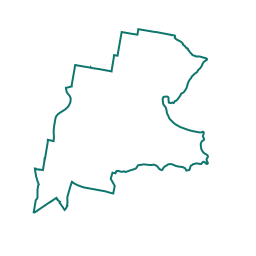 Melville, Western Australia, Australia (Mercator projection), rotated 100°
{"feature_id": "25037944B89194743408802", "entity_name": "Melville", "entity_type": "district", "adm_level": 2, "iso_a3": "AUS", "parent_name": "Australia", "parent_adm1": "Western Australia", "projection": "mercator", "projection_center": [115.829, -32.044], "detail": "fine", "context": "isolated", "style": "outline", "palette": "teal", "viewbox_px": 256, "rotation_deg": 100, "n_neighbors": 0, "source": "geoboundaries", "source_scale": "gbopen_adm2", "svg_char_len": 5567}
<svg xmlns="http://www.w3.org/2000/svg" viewBox="0 0 256 256"><g transform="rotate(100 128 128)"><path d="M174.8,132.5L174.3,132.3L173.8,132.3L173.1,132.1L172.4,131.8L172.2,131.5L172.2,130.9L172.2,130.5L172.0,130.2L171.9,129.9L172.1,129.1L172.2,127.6L172.2,126.6L172.1,126.1L172.0,125.6L171.8,125.3L171.4,124.4L171.5,123.9L171.8,123.1L171.8,122.8L171.5,122.4L171.3,122.0L170.8,120.9L168.9,117.7L167.2,114.2L166.2,113.0L165.4,112.6L163.7,112.0L163.1,111.7L162.8,111.3L162.6,110.7L161.9,108.3L161.2,106.8L161.1,106.2L161.0,105.5L161.0,104.4L160.9,103.3L160.8,102.3L160.6,99.6L160.3,98.3L159.8,96.9L159.7,96.5L159.7,95.6L159.8,95.1L159.9,94.1L160.3,93.2L161.0,92.1L161.8,91.2L162.3,90.7L163.0,90.0L163.1,89.6L163.1,89.3L163.6,87.9L163.6,87.6L163.5,87.2L163.3,87.0L163.0,86.8L161.3,86.3L159.7,85.3L159.0,84.5L158.0,83.2L157.2,82.6L157.0,82.3L156.6,81.5L156.2,80.1L156.1,79.1L156.1,78.7L156.1,78.0L157.1,74.3L157.1,73.4L157.2,72.2L157.1,71.2L157.2,70.9L157.1,70.1L157.1,69.3L157.0,68.7L157.0,67.6L157.1,67.0L157.6,65.2L157.8,64.8L158.1,64.5L158.6,64.1L159.8,63.1L159.3,62.0L158.9,61.0L158.8,60.5L158.6,60.3L158.2,60.1L157.3,60.1L156.7,59.9L156.0,60.0L155.8,60.0L155.3,59.8L155.1,59.8L154.7,59.7L154.1,59.4L153.9,59.1L153.5,58.6L152.4,57.7L151.7,56.2L151.5,55.7L150.9,54.3L150.9,53.1L150.9,51.2L150.8,49.9L150.7,49.6L150.4,49.4L149.9,49.2L148.5,48.4L148.2,47.9L148.1,47.6L148.1,47.3L148.4,46.5L148.8,45.8L149.4,45.1L149.7,44.5L149.7,44.0L149.5,43.7L149.1,43.4L148.7,43.3L148.4,43.3L148.2,43.5L147.9,43.8L147.1,44.4L145.8,45.1L145.3,45.2L144.6,45.1L143.4,44.6L142.8,44.3L142.5,44.3L142.2,44.3L141.5,44.8L140.9,45.1L140.7,45.5L140.4,46.6L139.9,47.8L139.4,48.8L138.8,49.7L138.4,50.2L137.5,50.9L136.9,51.5L136.4,51.9L135.7,52.3L134.3,52.7L132.9,53.2L132.1,53.3L131.3,53.6L130.9,53.6L130.2,53.5L129.7,53.4L129.1,53.2L128.5,53.0L127.9,52.6L127.3,52.0L126.9,51.4L126.3,51.2L125.7,51.1L125.4,51.3L125.0,51.6L124.4,51.9L123.8,52.4L123.4,52.8L122.1,52.8L121.1,52.6L120.6,52.5L119.5,52.6L119.2,52.7L118.8,53.0L118.7,53.2L118.7,53.6L118.8,53.8L119.1,54.1L119.5,54.9L119.7,55.4L119.9,56.8L119.9,61.0L119.8,62.5L119.9,63.3L119.5,67.7L119.2,69.6L119.1,70.5L118.6,73.1L118.4,74.5L117.9,76.9L116.4,81.2L115.7,82.9L115.3,83.4L114.7,84.5L114.1,85.4L113.6,86.0L113.2,86.6L111.9,88.4L111.3,89.0L109.3,90.3L108.7,90.7L106.7,92.2L104.8,92.8L103.9,93.2L103.2,93.4L102.2,93.9L101.6,94.2L100.6,95.0L99.2,96.7L98.3,97.4L97.9,97.6L97.2,97.8L96.9,97.8L96.4,98.0L96.0,98.2L94.8,98.6L94.2,98.7L92.5,98.9L91.8,98.6L91.3,98.4L91.0,98.0L90.3,95.4L90.3,94.7L90.4,94.3L90.6,93.9L91.0,93.4L91.6,93.2L92.4,93.2L93.2,93.0L94.6,92.5L95.2,92.5L95.7,92.3L96.0,92.0L96.0,91.8L95.8,91.2L96.1,90.5L96.1,90.2L95.9,89.6L95.2,88.7L95.3,88.0L95.4,87.7L95.5,87.5L95.3,87.2L94.7,87.0L93.5,86.6L93.0,85.9L92.8,85.4L92.5,85.0L90.3,83.7L89.1,83.1L86.9,82.1L86.0,81.9L85.1,81.6L84.5,81.1L83.9,80.2L83.3,79.5L82.6,79.0L80.0,77.9L78.4,77.3L77.7,77.2L76.2,77.0L74.0,76.9L72.2,76.5L71.4,76.3L69.3,75.4L67.6,74.4L66.9,74.3L66.1,74.0L63.4,72.1L62.4,71.2L61.5,70.2L60.8,69.6L60.2,69.4L59.5,69.2L59.0,69.1L58.7,69.0L57.6,68.0L56.9,67.5L55.4,66.7L53.8,66.1L51.6,65.6L49.6,64.8L49.4,64.6L49.0,64.1L48.1,63.2L47.5,62.4L47.1,62.2L46.8,62.1L46.2,62.3L46.1,62.6L46.0,63.1L45.8,63.2L45.7,63.7L45.7,64.4L45.6,65.1L45.6,65.7L45.4,67.1L45.2,69.1L45.2,69.6L45.2,70.4L45.3,71.3L45.7,72.5L45.7,73.2L45.7,73.6L45.5,74.0L45.3,74.2L45.4,75.1L45.4,75.4L45.2,76.2L45.0,76.7L44.7,77.2L44.7,77.5L44.4,77.9L43.7,78.6L43.4,79.1L43.0,79.8L42.6,80.2L41.0,81.7L40.4,82.5L39.7,82.7L39.6,82.8L39.4,83.2L39.4,83.6L39.1,83.8L39.0,84.0L39.0,84.5L38.7,85.0L38.4,85.2L37.3,86.4L37.1,86.8L36.8,87.6L36.5,88.1L36.3,88.3L35.8,88.4L35.6,88.5L35.1,89.0L34.0,90.7L33.6,91.6L33.1,93.4L32.9,94.1L32.7,94.4L32.5,95.4L32.1,96.1L31.7,96.6L31.3,97.4L31.1,97.6L30.7,97.4L29.3,97.6L28.8,98.2L28.8,101.4L29.0,101.6L28.9,101.7L28.8,101.8L28.6,117.4L28.8,119.2L28.8,121.5L28.9,135.0L34.4,134.9L34.5,135.1L34.5,137.4L34.6,141.8L34.6,150.9L42.2,150.9L58.6,150.9L58.7,154.4L59.0,154.4L61.5,154.2L74.0,154.1L75.1,154.0L75.0,166.1L75.2,174.7L74.9,175.0L75.1,175.0L75.1,177.5L75.2,187.7L75.1,190.9L75.4,191.0L79.8,190.9L95.9,190.9L96.8,190.6L98.8,195.0L99.2,196.1L102.1,195.1L102.8,194.8L103.4,194.4L103.9,194.0L104.4,193.5L105.9,191.7L106.8,190.8L107.4,190.4L108.0,190.0L108.6,189.7L109.4,189.5L110.2,189.4L111.5,189.3L112.8,189.3L114.2,189.6L115.6,190.0L117.0,190.5L117.7,190.9L119.5,192.2L120.5,192.9L121.0,193.5L125.1,198.0L126.3,199.1L127.2,199.8L128.1,200.3L129.0,200.7L129.8,201.0L131.6,201.1L138.5,201.1L140.3,201.0L141.9,200.9L144.5,200.6L149.1,199.5L151.2,199.2L153.9,199.0L153.6,203.3L153.6,204.9L154.9,204.6L163.5,204.5L163.8,204.5L164.0,204.5L172.0,204.4L172.0,204.8L173.8,204.8L173.8,204.6L184.2,204.5L184.3,208.5L184.5,208.5L184.5,211.4L184.1,211.5L184.1,212.7L189.1,211.0L191.7,210.0L195.4,208.2L197.9,206.8L199.2,206.0L200.2,206.5L204.7,206.4L211.9,205.1L213.3,205.3L215.2,206.3L227.4,206.2L227.3,205.2L214.2,191.7L214.3,191.6L209.6,186.8L209.6,186.6L209.3,186.3L210.4,185.2L210.6,185.4L211.0,184.9L211.7,183.9L212.4,182.2L212.8,182.4L213.2,182.5L213.4,182.3L213.7,182.3L213.8,182.2L213.9,181.8L219.5,176.4L219.7,176.2L219.3,175.9L217.8,175.1L217.0,174.8L216.2,174.6L215.0,174.3L214.9,174.7L213.5,174.6L212.7,174.6L211.8,174.7L208.0,175.5L207.1,175.6L206.0,175.7L203.9,175.5L195.5,174.6L190.7,173.9L190.8,173.6L191.1,173.7L192.4,170.0L193.2,167.1L193.6,164.9L194.1,161.8L194.2,160.9L194.2,158.4L194.3,139.0L194.5,137.6L194.9,134.2L195.0,133.4L195.0,131.2L187.3,131.0L181.0,136.2L174.7,135.5L174.7,133.4L174.8,132.5Z" fill="none" stroke="#0f766e" stroke-width="2"/></g></svg>